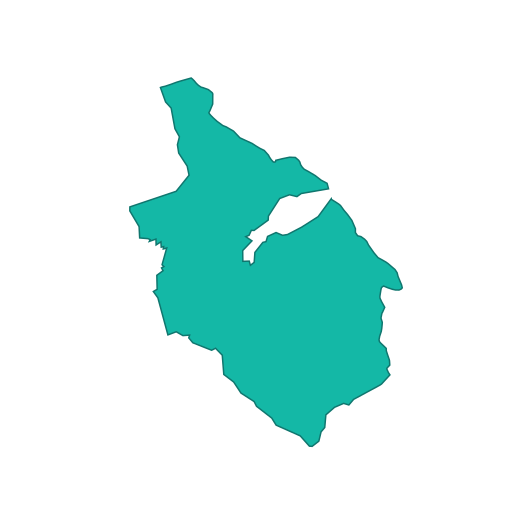 the district of Struga, Struga, North Macedonia, rotated 151°
{"feature_id": "65306769B59831193355348", "entity_name": "Struga", "entity_type": "district", "adm_level": 2, "iso_a3": "MKD", "parent_name": "North Macedonia", "parent_adm1": "Struga", "projection": "mercator", "projection_center": [20.597, 41.258], "detail": "fine", "context": "isolated", "style": "filled", "palette": "teal", "viewbox_px": 512, "rotation_deg": 151, "n_neighbors": 0, "source": "geoboundaries", "source_scale": "gbopen_adm2", "svg_char_len": 2670}
<svg xmlns="http://www.w3.org/2000/svg" viewBox="0 0 512 512"><g transform="rotate(151 256 256)"><path d="M160.0,279.6L159.6,281.1L158.6,285.1L162.3,290.8L165.2,297.6L169.1,304.3L171.2,307.6L171.8,308.6L172.5,311.3L172.7,314.1L172.3,316.1L172.1,316.9L172.3,319.1L173.8,323.1L178.7,326.1L185.7,328.3L192.3,330.1L192.7,329.5L193.3,329.0L194.7,329.3L195.3,329.9L196.0,332.8L196.3,336.3L196.2,338.1L197.6,344.3L200.4,348.3L202.7,352.3L204.8,356.3L209.3,362.4L212.8,367.2L215.1,376.1L219.4,383.3L221.8,386.2L222.2,387.1L224.7,392.5L226.4,397.4L227.4,401.0L227.8,403.1L227.8,404.1L225.5,405.7L220.2,409.9L215.7,417.9L215.3,418.5L215.1,419.3L215.2,420.2L216.7,424.0L217.2,424.9L220.9,429.1L222.1,430.2L223.6,433.1L224.5,436.0L225.1,439.2L225.8,441.6L226.4,443.1L237.5,445.7L241.3,446.5L247.2,447.4L253.1,448.5L256.6,449.5L257.9,449.7L260.4,434.6L258.5,426.5L265.2,406.6L265.2,397.4L270.8,391.4L273.7,383.5L272.6,368.0L275.4,359.1L294.5,351.3L342.5,360.1L344.5,356.6L344.0,338.4L349.0,328.2L342.0,323.5L340.6,321.6L342.2,320.5L335.3,319.3L338.0,314.1L332.3,314.5L334.6,309.7L332.2,309.0L333.7,307.1L330.2,306.3L342.4,293.9L341.7,291.4L344.4,291.4L344.4,288.2L352.1,287.2L358.6,274.8L363.0,274.7L362.1,267.0L371.3,229.7L362.5,228.4L358.5,221.8L352.4,219.0L354.5,217.0L353.3,210.7L340.5,195.1L336.1,194.9L333.6,185.6L341.6,168.0L336.6,156.6L335.6,143.4L328.2,129.6L328.4,124.3L320.8,106.6L320.4,98.3L304.5,77.2L301.5,63.8L299.2,62.3L290.8,63.6L284.4,70.6L279.0,72.7L271.9,83.2L260.7,85.6L250.8,84.6L247.0,80.7L240.1,83.3L210.1,83.0L208.2,83.2L196.5,87.1L196.7,89.8L196.4,93.8L196.1,94.2L195.1,94.7L191.9,95.7L190.0,99.7L189.7,100.8L188.9,105.3L188.0,109.9L186.9,112.1L189.2,119.6L189.5,121.2L189.4,121.8L189.0,123.1L186.7,125.9L183.0,129.3L181.1,131.7L178.9,134.9L177.7,136.8L176.8,141.1L173.6,144.9L172.7,145.4L168.3,148.7L168.3,155.2L168.0,159.1L167.2,160.7L163.2,165.8L162.5,166.6L161.8,167.3L160.9,167.7L159.0,167.9L156.1,164.3L152.9,160.8L150.4,158.6L147.4,156.9L145.2,156.7L144.2,156.9L143.5,157.3L142.7,160.1L141.7,169.2L140.7,172.9L141.0,176.8L144.2,185.4L145.3,187.7L147.6,191.5L150.1,195.4L151.3,201.7L152.3,211.0L152.1,215.0L152.9,218.1L154.8,222.1L157.3,224.4L157.7,228.3L155.8,231.7L154.9,240.6L155.8,247.8L156.9,253.3L157.6,259.0L157.9,260.0L158.5,261.4L160.3,264.8L162.6,268.9L162.4,269.6L182.6,260.3L202.2,259.1L218.0,259.5L222.7,261.2L227.1,266.8L236.4,267.5L240.3,263.7L243.4,264.6L255.2,259.7L260.7,251.3L265.4,250.6L264.4,254.8L270.1,257.7L265.0,267.2L252.2,271.2L255.6,277.9L252.0,277.5L247.6,280.7L245.3,279.3L227.9,281.5L225.8,284.9L207.4,294.8L197.0,293.3L191.4,288.1L186.1,288.7L160.0,279.6Z" fill="#14b8a6" stroke="#0f766e" stroke-width="1.5"/></g></svg>